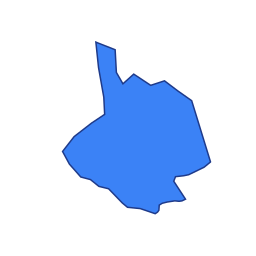 the border of Rundales, rotated 240°
{"feature_id": "LVA-5738", "entity_name": "Rundales", "entity_type": "Municipality", "adm_level": 1, "iso_a3": "LVA", "parent_name": "Latvia", "parent_adm1": "", "projection": "robinson", "projection_center": [23.943, 56.407], "detail": "fine", "context": "isolated", "style": "filled", "palette": "blue", "viewbox_px": 256, "rotation_deg": 240, "n_neighbors": 0, "source": "natural_earth", "source_scale": "10m", "svg_char_len": 641}
<svg xmlns="http://www.w3.org/2000/svg" viewBox="0 0 256 256"><g transform="rotate(240 128 128)"><path d="M119.8,196.8L57.4,182.5L57.3,182.3L56.0,174.4L57.2,157.2L58.8,152.4L62.1,144.8L59.0,141.0L37.6,142.2L37.9,138.3L39.0,135.6L41.5,132.1L44.3,124.9L45.7,120.0L45.6,116.5L41.3,113.6L40.4,111.5L40.2,108.7L44.1,105.3L52.1,98.3L59.6,87.9L65.9,85.6L85.1,80.8L92.0,73.6L102.1,69.7L109.2,62.6L126.0,59.2L140.4,59.6L147.5,77.1L150.5,99.1L151.5,114.6L166.7,122.4L195.1,132.7L218.4,143.1L202.2,156.0L181.9,145.7L168.8,145.7L171.8,159.9L153.6,169.0L150.6,183.2L135.4,189.6L119.8,196.8Z" fill="#3b82f6" stroke="#1e3a8a" stroke-width="1.5"/></g></svg>